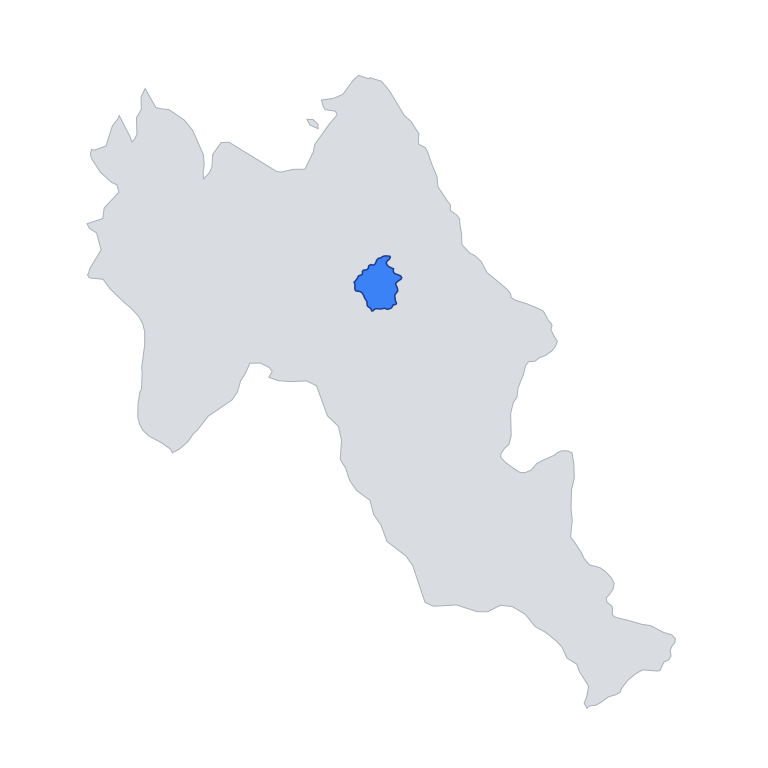 Tongsin, Chagang-do, North Korea (highlighted), rotated 95°
{"feature_id": "82179303B24749722055654", "entity_name": "Tongsin", "entity_type": "district", "adm_level": 2, "iso_a3": "PRK", "parent_name": "North Korea", "parent_adm1": "Chagang-do", "projection": "robinson", "projection_center": [126.481, 40.221], "detail": "fine", "context": "in_parent", "style": "filled", "palette": "blue", "viewbox_px": 768, "rotation_deg": 95, "n_neighbors": 0, "source": "geoboundaries", "source_scale": "gbopen_adm2", "svg_char_len": 4594}
<svg xmlns="http://www.w3.org/2000/svg" viewBox="0 0 768 768"><g transform="rotate(95 384 384)"><path d="M471.0,588.9L467.6,590.8L461.8,600.8L456.4,613.5L451.1,620.3L445.0,624.1L438.4,626.4L425.3,627.3L413.5,626.5L409.7,625.1L393.4,625.9L388.9,626.8L365.5,625.8L353.3,626.9L345.6,629.3L337.7,634.5L330.9,642.2L324.9,650.5L312.7,665.6L304.1,672.9L304.1,683.5L303.9,686.8L300.9,689.0L299.9,688.0L294.9,687.2L275.0,677.5L258.6,683.5L254.5,691.2L250.2,693.7L243.7,678.6L233.0,678.1L216.1,664.8L208.8,667.5L207.0,672.9L197.7,685.1L184.6,695.2L180.5,696.5L175.7,695.8L176.4,693.0L171.1,681.7L150.6,677.1L143.3,672.3L139.6,671.2L159.7,658.6L164.9,656.3L161.0,653.4L156.7,651.9L140.3,653.8L131.7,649.7L119.2,651.0L110.5,647.7L128.6,635.3L129.4,628.0L129.3,622.4L138.5,606.0L147.7,596.9L171.4,583.9L181.8,582.2L189.2,582.7L195.4,581.5L188.9,576.5L182.7,574.3L170.4,574.7L157.7,567.3L156.7,559.4L181.5,509.8L181.9,505.3L178.1,493.3L176.9,481.5L159.3,474.7L151.5,473.9L129.0,460.7L120.0,454.0L116.5,456.0L115.8,466.6L112.5,468.9L106.6,471.0L103.7,458.9L98.9,450.1L84.0,441.2L78.7,436.3L81.3,425.7L80.1,424.7L82.6,412.9L91.8,403.8L114.4,387.5L120.2,379.9L131.7,371.0L136.8,371.2L142.1,370.4L143.7,366.5L145.0,363.4L149.5,360.6L160.5,355.7L173.0,349.2L182.9,347.4L195.1,337.6L200.1,333.3L205.1,333.3L206.4,331.3L209.3,326.3L213.1,323.0L218.5,322.3L227.3,319.9L238.4,318.5L245.9,310.3L248.4,304.4L253.4,298.0L264.0,291.0L271.2,280.6L279.2,269.3L283.1,265.7L286.8,265.0L289.0,260.8L291.6,248.8L295.3,237.1L297.5,231.6L306.7,225.6L309.1,222.7L311.1,221.7L315.4,222.5L321.1,219.0L326.5,215.1L331.5,216.5L336.5,219.7L341.8,226.1L344.1,231.3L348.2,235.6L349.1,241.8L353.2,244.5L362.0,245.9L376.4,250.2L385.7,250.4L391.1,253.6L402.2,255.3L424.4,252.8L433.5,254.3L437.4,258.2L443.1,261.3L446.7,261.5L451.6,256.1L456.8,247.5L460.2,240.8L460.0,235.6L456.9,229.9L449.6,224.6L444.7,216.5L440.1,208.1L437.3,205.3L435.1,201.2L434.6,195.0L436.2,190.7L447.2,187.9L461.4,186.2L472.9,188.0L492.0,186.8L503.7,184.5L512.5,184.8L520.5,184.7L524.0,181.1L535.1,172.5L540.5,169.4L546.4,163.5L547.2,157.3L548.4,152.4L551.6,147.0L557.4,140.5L562.4,137.4L567.9,137.8L573.8,140.9L577.6,143.9L581.8,143.0L585.2,137.8L587.5,136.8L594.2,136.4L596.2,133.2L598.6,118.0L601.0,106.0L601.4,97.6L607.1,83.8L608.9,75.4L612.4,71.5L616.5,71.8L619.9,74.2L624.3,75.7L630.0,74.3L634.1,76.5L636.7,81.0L645.3,84.0L646.1,86.3L646.2,101.4L651.0,108.4L657.3,114.8L666.0,120.6L670.6,122.0L673.4,126.1L676.2,133.3L682.4,140.2L685.7,145.3L686.5,150.6L689.3,153.6L684.5,156.8L678.0,154.8L667.3,153.7L653.8,164.0L646.3,167.6L641.1,177.8L630.4,183.9L624.7,190.3L617.3,201.4L612.5,212.2L601.1,223.2L594.5,237.0L594.3,248.9L601.9,261.0L602.7,271.4L597.8,292.6L601.1,315.2L598.0,324.1L562.6,339.5L553.4,347.2L540.6,367.3L524.7,374.7L514.9,382.9L501.2,387.7L492.6,401.9L483.0,409.8L471.5,414.7L463.0,421.0L443.8,421.4L430.2,425.7L420.6,437.6L391.6,451.1L387.7,461.4L389.7,477.2L389.9,489.3L387.4,499.3L381.0,496.5L377.6,499.7L373.9,508.9L375.0,519.4L385.0,522.8L393.2,527.1L404.7,529.3L413.2,534.1L431.4,556.3L446.3,566.0L450.2,569.6L458.7,574.4L466.6,582.1L471.0,588.9ZM132.5,480.4L127.0,483.8L126.8,477.7L131.0,472.5L135.4,471.9L132.5,480.4Z" fill="#d9dde1" stroke="#a8b0b8" stroke-width="1"/><path d="M285.2,422.7L286.5,421.9L287.9,421.6L288.6,421.5L290.0,421.5L291.6,421.4L293.0,420.8L293.5,420.3L293.8,419.7L293.9,418.9L293.8,417.4L294.1,416.0L294.3,415.3L294.5,414.7L295.5,413.4L297.5,412.1L300.9,410.2L302.4,408.9L303.1,408.4L303.6,408.2L306.6,407.7L307.2,407.5L307.9,407.1L308.4,406.5L309.5,404.5L310.0,403.9L311.2,403.1L311.3,403.0L312.3,402.6L312.1,401.9L311.8,400.9L310.5,400.3L309.9,399.0L309.6,397.7L309.6,396.4L309.6,394.5L309.3,392.6L309.0,391.9L308.4,390.0L309.0,388.7L309.3,387.1L308.7,385.2L307.5,383.2L305.9,382.3L304.6,382.0L304.0,380.0L303.1,378.7L302.1,378.7L299.9,380.0L297.4,380.4L295.5,381.0L293.9,380.7L292.7,380.0L290.8,378.8L290.4,378.4L287.9,378.8L286.0,379.7L283.8,381.0L282.5,381.0L280.7,379.4L279.1,377.5L278.2,376.2L276.3,375.6L274.7,377.2L274.0,379.4L273.4,382.0L272.4,383.9L270.8,384.6L269.6,384.6L268.3,384.6L268.0,385.8L267.3,387.8L266.7,389.4L265.1,391.3L263.2,392.3L261.9,391.9L261.0,391.3L260.7,391.0L260.3,390.7L259.1,389.4L257.8,389.1L257.2,388.7L256.2,389.4L256.2,391.3L256.2,393.6L256.8,395.8L257.4,396.8L258.7,398.4L259.3,400.6L261.5,402.2L263.4,402.6L265.9,403.8L266.5,404.8L266.2,407.7L267.7,409.6L269.6,409.6L270.9,410.3L271.8,411.5L272.4,414.4L273.7,415.4L275.3,415.1L276.9,415.4L277.5,416.7L278.1,418.0L278.7,418.9L280.6,419.6L283.4,421.2L285.2,422.7Z" fill="#3b82f6" stroke="#1e3a8a" stroke-width="1.5"/></g></svg>